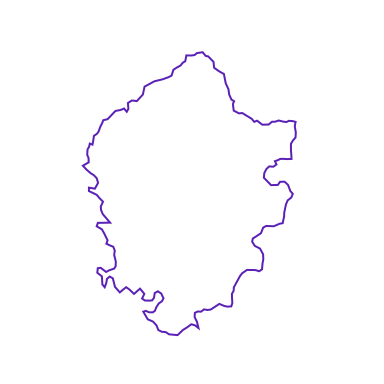 Carlópolis, Paraná, Brazil (Equal Earth projection), rotated 148°
{"feature_id": "56859067B22086314964615", "entity_name": "Carlópolis", "entity_type": "district", "adm_level": 2, "iso_a3": "BRA", "parent_name": "Brazil", "parent_adm1": "Paraná", "projection": "equal_earth", "projection_center": [-49.704, -23.457], "detail": "fine", "context": "isolated", "style": "outline", "palette": "violet", "viewbox_px": 384, "rotation_deg": 148, "n_neighbors": 0, "source": "geoboundaries", "source_scale": "gbopen_adm2", "svg_char_len": 2711}
<svg xmlns="http://www.w3.org/2000/svg" viewBox="0 0 384 384"><g transform="rotate(148 192 192)"><path d="M292.0,193.5L290.1,190.5L287.8,187.3L288.5,183.3L291.4,179.8L293.5,173.3L296.1,169.5L298.6,168.3L303.8,169.5L307.2,169.7L309.6,176.1L312.3,177.3L315.1,173.7L313.1,168.2L317.0,161.1L316.5,157.5L312.9,160.3L310.1,163.4L306.6,163.9L304.9,160.7L307.6,152.3L306.4,145.1L302.4,145.7L298.3,146.2L296.7,142.4L295.2,136.3L287.3,137.6L286.4,130.9L290.8,128.1L289.5,125.0L285.6,122.4L283.3,121.2L280.3,122.4L277.2,126.0L273.6,125.9L271.9,122.2L272.5,117.0L275.3,115.3L279.2,115.1L283.3,113.2L286.4,110.9L289.0,110.7L292.1,112.7L294.2,115.7L296.7,116.3L297.0,107.5L293.7,102.7L292.8,97.7L293.7,92.8L291.7,89.5L288.5,87.1L286.9,83.5L283.9,81.2L280.1,78.3L272.8,79.8L267.5,79.8L262.7,80.2L260.2,77.5L258.6,73.2L256.6,79.3L256.0,84.6L253.6,88.0L250.4,87.6L247.7,85.7L244.0,86.1L241.5,83.8L238.4,82.4L228.1,82.6L225.0,78.2L222.7,76.0L219.3,74.2L216.6,76.5L213.9,81.5L212.1,84.5L209.1,86.1L207.0,89.0L195.8,95.3L192.6,96.5L186.7,96.8L179.6,92.2L177.0,89.2L173.6,89.3L170.0,94.1L167.3,97.0L164.7,101.5L164.3,108.0L167.3,113.0L167.3,118.0L165.1,120.3L155.4,120.5L150.5,124.1L147.1,123.9L140.8,119.6L134.7,118.7L131.6,117.5L126.7,122.6L124.9,125.4L119.0,131.6L115.3,134.2L110.8,134.7L107.5,137.0L108.1,140.6L106.8,147.1L108.0,151.6L111.9,154.0L115.4,152.5L121.3,155.9L123.5,166.0L120.7,169.7L116.9,172.0L113.0,172.8L109.5,170.3L105.8,170.6L105.3,174.2L102.3,173.5L99.7,173.3L97.4,172.0L93.9,169.5L90.1,167.3L88.6,169.9L86.0,174.9L82.6,180.4L78.9,182.3L75.4,183.3L72.5,187.3L70.0,193.3L67.0,196.6L69.2,198.9L72.1,201.0L74.8,201.3L77.3,203.3L80.6,206.7L84.3,207.6L87.0,209.2L91.2,208.6L96.7,211.8L99.0,218.0L102.0,218.5L102.6,222.5L105.6,228.4L107.5,232.3L110.4,233.7L113.5,238.9L110.7,244.9L108.2,246.7L109.6,249.5L108.8,254.9L106.6,259.9L105.8,266.3L102.4,275.2L104.9,279.7L107.4,285.6L104.8,291.0L106.4,298.4L108.3,300.2L108.9,304.9L114.3,307.2L117.3,306.8L120.0,308.0L124.4,310.8L128.4,306.5L131.5,306.5L134.8,305.3L138.9,305.6L143.0,305.5L147.7,301.5L151.5,301.9L157.4,303.2L165.2,305.8L176.4,306.5L182.0,300.7L186.0,299.6L190.6,298.3L194.5,301.5L199.2,301.4L201.9,296.2L204.8,294.6L205.4,298.8L209.1,299.4L214.0,301.3L225.0,298.5L229.2,299.9L232.0,297.8L234.8,296.2L239.3,292.7L241.9,291.7L245.4,291.6L248.5,287.9L251.3,284.9L253.0,287.2L255.3,284.9L258.0,283.5L261.2,279.0L261.7,275.7L263.9,271.9L270.6,272.1L269.6,266.9L267.9,261.4L266.4,258.5L265.5,254.2L266.8,249.5L272.6,246.3L277.1,250.3L278.9,247.4L274.3,240.1L273.7,235.8L272.6,230.9L277.0,228.1L278.7,224.9L279.4,220.5L277.7,209.4L288.2,215.7L291.0,213.4L288.2,208.1L288.4,203.6L289.2,195.8L292.0,193.5Z" fill="none" stroke="#5b21b6" stroke-width="2"/></g></svg>